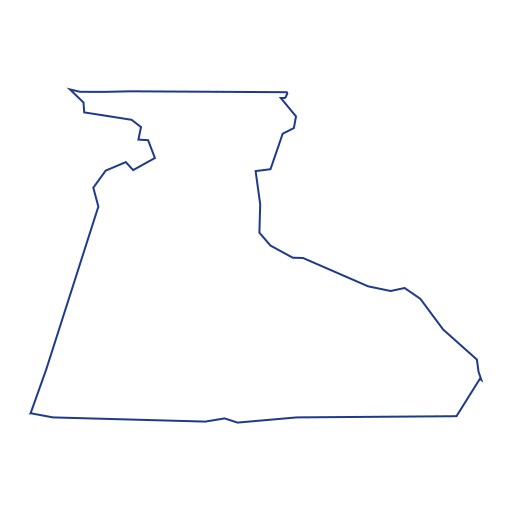 the district of Hertford, North Carolina, United States of America
{"feature_id": "52423323B21555121079401", "entity_name": "Hertford", "entity_type": "district", "adm_level": 2, "iso_a3": "USA", "parent_name": "United States of America", "parent_adm1": "North Carolina", "projection": "albers", "projection_center": [-76.982, 36.392], "detail": "fine", "context": "isolated", "style": "outline", "palette": "blue", "viewbox_px": 512, "rotation_deg": 0, "n_neighbors": 0, "source": "geoboundaries", "source_scale": "gbopen_adm2", "svg_char_len": 763}
<svg xmlns="http://www.w3.org/2000/svg" viewBox="0 0 512 512"><path d="M456.5,416.2L479.9,378.8L481.3,379.9L478.5,371.6L476.9,359.6L443.1,329.5L420.4,298.9L404.6,288.0L390.7,291.0L368.0,286.3L303.0,258.0L292.7,257.7L270.5,245.6L259.4,232.7L260.2,204.2L255.6,171.1L270.5,169.2L282.7,133.7L293.9,128.0L296.0,116.4L280.8,98.0L284.6,98.0L285.5,97.5L287.3,93.4L286.9,92.3L285.5,92.2L130.1,91.3L104.2,91.9L80.0,91.8L69.9,89.4L83.5,102.5L84.2,112.4L131.6,119.8L141.0,127.1L138.4,139.6L148.1,140.2L154.9,158.0L133.1,170.1L125.8,162.1L105.7,170.6L93.3,187.7L98.4,206.7L97.3,209.9L46.3,369.2L45.5,371.5L30.7,413.0L31.0,413.1L30.8,413.3L31.0,413.3L52.9,417.4L205.3,421.6L224.6,418.4L237.5,422.6L296.8,417.4L456.5,416.2Z" fill="none" stroke="#1e3a8a" stroke-width="2"/></svg>